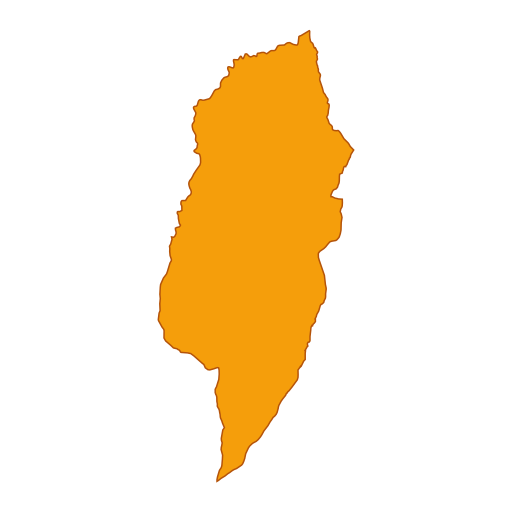 Durania, Norte de Santander, Colombia (Equal Earth projection)
{"feature_id": "7082276B9527918417262", "entity_name": "Durania", "entity_type": "district", "adm_level": 2, "iso_a3": "COL", "parent_name": "Colombia", "parent_adm1": "Norte de Santander", "projection": "equal_earth", "projection_center": [-72.667, 7.738], "detail": "fine", "context": "isolated", "style": "filled", "palette": "amber", "viewbox_px": 512, "rotation_deg": 0, "n_neighbors": 0, "source": "geoboundaries", "source_scale": "gbopen_adm2", "svg_char_len": 6002}
<svg xmlns="http://www.w3.org/2000/svg" viewBox="0 0 512 512"><path d="M217.0,481.3L218.5,480.4L221.0,478.4L225.1,475.9L227.8,473.7L229.6,472.6L232.1,470.7L233.9,469.6L236.6,468.5L241.6,465.1L242.7,463.7L243.8,461.2L244.7,458.5L245.7,453.7L248.4,447.9L249.8,445.9L252.0,443.8L253.4,442.8L256.1,441.4L258.2,439.6L260.5,436.8L261.9,434.6L263.9,430.9L267.9,425.7L270.2,421.7L271.8,419.5L273.1,417.4L274.6,416.2L276.1,414.4L277.1,412.4L278.2,408.3L278.4,406.9L278.9,405.3L281.1,401.2L282.8,398.8L285.6,395.3L286.3,393.6L286.7,393.1L287.3,392.9L287.8,391.7L288.8,391.0L291.8,387.3L297.3,379.8L298.0,377.4L298.1,374.6L298.0,370.0L300.1,367.0L300.9,365.5L300.9,366.5L301.2,366.2L303.7,361.1L305.2,359.5L305.2,353.3L305.5,350.8L305.0,350.6L307.3,346.5L307.9,346.0L307.6,345.5L307.4,344.0L307.4,343.6L307.8,342.7L308.2,342.2L309.1,342.1L309.8,341.2L310.0,340.4L310.0,336.5L310.7,330.5L310.9,327.8L311.2,326.9L312.3,324.8L312.2,325.7L312.5,325.8L312.6,325.3L313.3,324.0L314.2,323.2L315.4,321.6L315.4,319.1L315.2,319.1L315.3,318.6L315.2,318.5L316.3,316.5L316.7,314.6L318.7,311.0L320.2,305.8L321.0,304.4L322.1,304.0L323.7,302.5L324.2,300.6L325.4,298.2L325.6,296.7L325.6,293.7L326.2,289.1L326.1,287.8L325.4,284.5L324.4,275.4L319.2,260.2L318.4,257.4L318.3,253.9L318.6,252.8L320.0,251.2L323.8,248.6L325.7,246.8L327.7,244.3L329.8,241.9L331.7,241.2L335.8,240.5L336.9,239.8L338.5,238.0L339.2,237.0L340.3,233.7L341.0,230.1L341.2,222.7L342.0,217.4L341.2,213.9L340.2,211.7L340.8,208.9L341.7,207.5L342.0,206.7L342.2,205.9L342.4,202.9L342.3,199.2L338.2,198.9L337.4,198.6L334.9,198.1L332.2,196.7L331.0,196.7L330.9,195.1L332.3,191.7L333.0,190.5L333.9,189.7L336.1,188.9L337.5,187.2L338.0,185.4L339.0,183.0L339.3,180.9L339.4,176.5L339.6,174.2L342.3,173.0L342.5,171.5L343.1,170.2L343.7,167.3L344.4,166.5L345.7,166.7L346.2,165.4L346.9,164.7L348.5,160.3L349.2,159.2L349.5,158.0L350.0,157.7L350.3,157.0L350.6,155.4L351.1,154.1L353.7,150.0L350.3,146.5L348.5,143.4L347.7,142.5L343.9,138.7L340.7,133.3L339.4,131.6L338.3,130.6L337.9,130.5L336.5,130.7L335.2,130.6L333.9,130.4L332.7,129.7L332.4,129.1L332.3,127.0L332.1,126.4L331.5,125.5L330.0,124.3L329.1,123.2L328.0,119.8L326.8,117.4L326.8,116.6L327.7,115.3L328.2,113.1L328.4,110.3L329.0,107.4L329.2,105.3L329.1,104.7L328.7,103.9L327.6,103.5L327.4,103.1L327.4,102.4L328.0,100.1L327.9,99.1L327.6,98.5L326.2,96.7L325.1,94.5L323.5,92.5L322.4,88.1L319.7,80.0L319.8,78.1L320.4,75.8L320.4,74.8L320.1,74.0L318.5,71.9L318.3,70.3L318.4,69.2L317.7,67.3L317.6,65.9L317.0,64.7L316.4,61.9L316.5,61.0L317.4,59.4L317.4,58.5L317.1,57.6L317.2,56.4L316.6,54.6L316.8,53.8L317.5,52.8L317.6,51.9L316.6,50.5L315.5,48.0L315.1,47.7L314.5,48.0L314.1,47.5L313.1,44.4L312.6,43.3L311.1,42.1L310.5,41.2L309.8,38.0L309.6,34.9L309.7,31.3L309.4,30.7L309.0,30.8L301.0,35.6L299.5,36.1L298.9,36.6L298.3,41.9L298.1,43.3L297.5,44.6L296.9,45.1L295.5,44.9L293.2,44.4L289.9,42.7L289.1,42.6L287.3,42.9L286.1,43.6L284.4,45.0L279.6,45.3L278.2,45.7L277.5,46.4L275.6,49.8L275.0,50.3L274.0,50.6L271.5,50.6L270.4,51.0L266.9,53.7L266.2,53.6L264.4,52.6L263.5,52.4L261.7,52.5L259.4,53.1L258.1,53.2L257.7,53.3L257.2,53.9L256.9,55.6L256.6,56.4L256.0,56.5L255.0,55.8L253.6,55.6L252.1,56.5L250.5,56.9L249.3,56.4L247.0,54.1L246.6,53.9L245.3,54.0L243.8,57.5L243.2,58.6L242.4,58.6L241.3,56.5L240.7,56.3L240.4,56.4L239.3,57.9L238.7,59.1L238.0,59.8L233.9,59.6L233.6,59.8L233.5,60.3L233.5,61.1L233.9,62.8L234.2,65.0L233.8,67.1L233.4,67.7L233.1,67.9L232.2,67.8L229.5,66.8L228.3,66.8L227.9,67.2L227.7,68.1L228.0,69.7L229.2,72.2L229.1,73.8L228.6,75.6L227.9,76.2L226.8,76.8L225.1,77.2L223.9,77.8L221.9,80.1L220.6,82.8L220.5,83.6L220.5,86.4L220.1,87.5L219.6,88.1L217.8,89.1L215.7,89.6L215.0,90.2L214.3,90.9L211.7,95.7L210.5,97.5L209.7,98.4L209.0,98.8L204.0,100.2L202.5,100.2L200.8,99.7L199.5,99.9L198.6,100.9L198.3,101.6L197.2,105.3L196.3,106.2L194.6,106.4L193.7,107.0L193.5,107.7L193.7,108.8L195.6,112.3L195.8,112.9L195.8,113.6L195.6,114.6L195.1,116.1L194.1,117.9L194.1,119.3L194.4,120.8L194.3,121.2L192.4,124.2L192.2,125.6L192.3,127.0L192.8,129.4L193.3,130.6L195.4,134.3L195.8,135.4L195.8,136.7L195.5,139.5L195.8,140.8L196.5,142.2L197.2,142.7L197.6,143.5L197.6,144.4L197.2,145.9L197.1,147.3L196.9,147.8L196.1,148.9L194.2,150.4L194.0,151.0L194.4,151.8L196.8,153.3L198.9,153.7L199.7,154.7L200.3,156.8L200.5,158.4L200.6,162.4L200.2,164.2L199.8,165.2L196.1,170.4L193.6,174.3L192.9,175.9L191.4,178.6L189.8,180.5L189.0,182.2L188.8,183.9L189.1,185.7L189.8,188.0L190.7,189.7L191.3,191.7L191.2,193.0L191.0,193.7L190.5,194.6L190.0,195.2L189.0,195.8L187.7,197.1L185.6,200.5L182.0,200.6L181.5,201.1L181.0,202.0L180.9,203.8L181.0,204.5L181.6,205.5L181.8,206.4L181.9,210.4L179.9,211.5L179.4,211.6L178.0,211.5L177.5,211.8L177.3,212.1L177.3,213.5L178.1,214.8L178.3,215.7L178.4,218.5L179.3,223.2L179.6,223.9L180.5,225.1L180.0,226.1L179.2,226.9L176.7,227.5L175.4,228.2L175.5,229.9L176.1,232.0L176.1,233.1L176.1,233.6L174.8,236.3L173.6,237.3L171.5,236.9L172.0,239.3L170.7,244.1L169.6,246.0L169.5,246.3L169.8,248.4L169.7,251.5L170.1,255.6L171.4,259.4L171.3,260.8L170.0,263.0L167.4,271.6L166.5,274.0L163.4,278.1L160.6,284.5L160.3,287.0L159.9,294.3L160.3,298.6L159.8,303.7L160.1,310.6L159.1,313.1L158.3,319.5L158.5,320.6L162.0,327.0L163.8,329.4L164.1,330.8L164.0,337.9L164.3,338.6L165.7,341.0L170.5,345.1L173.4,347.9L177.1,348.8L178.1,349.6L179.0,350.0L179.6,350.4L180.2,351.5L180.6,352.1L181.1,352.4L187.6,352.9L190.8,353.6L193.9,355.9L202.6,363.6L203.8,364.4L205.3,367.8L207.9,369.7L209.8,369.9L213.8,368.8L217.2,367.6L218.6,367.8L219.1,370.0L219.2,374.1L218.8,379.4L216.4,387.1L215.7,388.2L215.2,389.4L215.2,392.5L215.7,394.2L216.3,395.3L216.8,397.1L216.9,401.5L217.4,404.0L217.3,406.1L217.5,406.7L219.0,409.3L219.4,410.6L219.6,412.1L220.1,414.5L220.3,416.9L220.5,417.9L221.9,421.1L222.5,423.1L224.4,427.6L222.8,430.0L221.3,438.4L221.4,440.2L222.2,442.9L221.7,445.7L221.3,447.3L221.1,449.5L222.6,455.1L222.4,459.2L221.9,465.2L221.7,466.2L221.2,467.7L219.5,470.3L219.1,471.5L217.5,476.9L217.0,479.6L217.0,481.3Z" fill="#f59e0b" stroke="#b45309" stroke-width="1.5"/></svg>